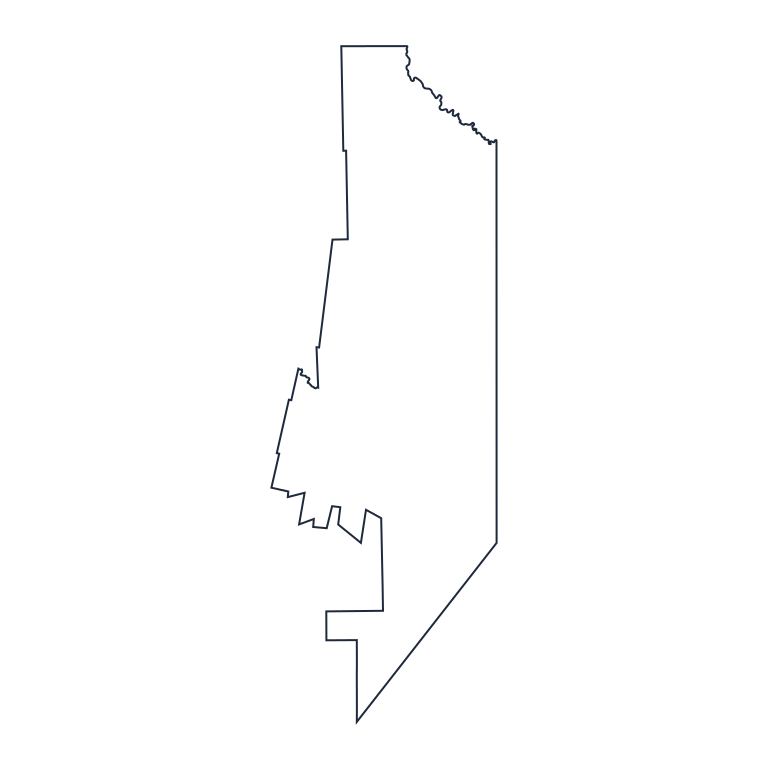 outline of Rivadavia, Salta, Argentina
{"feature_id": "61730980B79245586725774", "entity_name": "Rivadavia", "entity_type": "district", "adm_level": 2, "iso_a3": "ARG", "parent_name": "Argentina", "parent_adm1": "Salta", "projection": "mercator", "projection_center": [-62.515, -23.621], "detail": "fine", "context": "isolated", "style": "outline", "palette": "slate", "viewbox_px": 768, "rotation_deg": 0, "n_neighbors": 0, "source": "geoboundaries", "source_scale": "gbopen_adm2", "svg_char_len": 5692}
<svg xmlns="http://www.w3.org/2000/svg" viewBox="0 0 768 768"><path d="M496.5,141.3L496.4,141.2L496.4,140.7L496.4,140.4L496.3,140.2L496.1,140.1L495.8,140.2L495.3,140.2L495.1,140.4L494.7,140.8L494.6,141.0L494.3,141.6L494.1,142.2L493.9,142.3L493.6,142.3L493.3,142.2L492.7,142.0L491.4,141.3L491.0,141.3L490.9,141.4L490.7,141.5L490.6,142.0L490.5,142.4L490.5,143.1L490.6,143.6L490.6,143.8L490.6,144.0L490.3,144.1L490.1,144.1L489.6,144.0L489.3,143.9L489.1,143.9L489.0,143.6L488.8,143.1L488.7,142.3L488.8,141.4L488.7,140.8L488.6,140.3L488.4,139.9L488.2,139.8L487.8,139.8L487.4,139.9L486.7,139.8L485.7,139.6L485.0,139.5L484.5,139.3L484.4,139.1L484.7,138.5L484.8,138.1L484.8,137.9L484.6,137.5L484.5,137.4L484.1,137.4L483.7,137.6L483.4,137.6L483.1,137.5L482.6,137.2L482.4,137.0L482.1,136.7L481.9,136.4L481.7,135.9L481.5,135.4L481.2,135.0L480.8,134.1L480.6,134.0L480.2,133.6L479.9,133.4L479.6,133.2L479.0,132.9L478.7,132.7L478.2,132.8L477.9,132.9L477.6,133.3L477.2,133.6L476.7,133.5L476.5,133.2L476.2,131.8L476.2,131.0L476.4,129.9L476.4,129.4L476.3,129.2L476.0,129.1L475.6,128.9L475.1,128.7L474.7,128.7L474.4,128.8L474.3,129.0L474.3,129.5L474.4,129.8L474.4,130.0L474.1,130.2L473.9,130.2L473.7,130.1L473.2,129.6L473.0,129.3L472.8,128.6L472.6,127.9L472.5,127.2L472.4,126.7L472.3,126.4L472.3,126.1L472.4,125.8L472.6,125.6L472.8,125.6L473.1,125.8L473.3,125.8L473.4,125.7L473.6,125.4L473.7,125.0L474.0,124.7L474.1,124.3L474.0,123.9L473.7,123.5L473.4,123.1L473.1,122.9L472.9,122.9L472.5,122.9L472.1,123.1L471.4,123.6L471.2,123.9L470.9,124.1L470.3,124.7L470.1,124.8L468.5,124.7L467.7,124.6L467.3,124.4L465.6,124.0L465.3,124.0L465.1,124.0L464.8,124.2L464.6,124.4L464.4,124.5L464.2,124.6L463.8,124.6L463.3,124.5L462.4,124.2L461.8,123.9L461.4,123.6L461.1,123.3L461.0,123.2L460.5,122.9L460.3,122.7L460.2,122.7L459.9,122.4L459.8,122.2L460.3,122.0L460.4,121.9L460.5,121.7L460.5,120.9L460.4,120.6L460.3,120.4L459.9,120.1L459.5,119.7L459.4,119.6L459.1,119.2L459.0,118.8L458.9,118.3L458.8,117.8L458.6,117.5L458.5,117.2L458.4,116.9L458.2,116.6L458.1,116.4L458.1,115.4L458.2,115.0L458.4,114.5L458.6,114.4L458.7,114.2L458.5,113.8L458.3,113.9L457.5,114.3L456.7,114.9L456.0,115.2L455.7,115.4L455.4,115.8L455.0,115.9L454.6,115.9L453.6,115.6L453.3,115.5L453.0,115.2L452.8,114.9L452.7,114.6L452.7,114.0L452.8,113.7L453.0,112.9L453.4,110.8L453.3,110.3L453.2,110.1L452.6,109.9L452.1,110.2L450.4,111.3L449.7,112.1L448.8,112.4L448.2,112.4L447.7,112.3L447.4,112.0L447.2,111.5L447.2,110.9L447.1,110.1L446.9,109.7L446.6,109.5L445.9,109.2L445.6,109.3L445.0,109.4L444.8,109.5L443.6,109.7L443.0,110.0L442.3,110.1L441.6,109.9L440.9,109.7L440.4,109.3L439.9,108.8L439.7,108.1L439.6,107.7L439.6,107.1L439.8,106.6L440.1,106.2L440.4,105.9L440.7,105.6L441.1,105.0L441.3,104.4L441.3,104.2L441.3,103.6L441.4,103.2L441.3,102.2L441.2,102.0L440.8,101.6L440.4,101.1L440.3,100.7L440.2,100.4L440.6,99.5L441.0,99.0L441.2,98.6L441.6,97.6L441.5,97.2L441.5,96.7L441.3,96.2L440.5,95.6L439.7,95.0L439.0,95.3L438.2,96.2L437.7,97.1L437.5,97.4L436.9,98.0L436.4,98.1L436.2,98.1L435.8,98.0L435.5,97.5L435.1,96.9L434.6,96.0L434.3,95.4L433.5,94.4L432.6,93.3L432.3,93.0L432.1,92.4L431.9,91.8L431.8,91.4L431.3,90.4L431.1,90.1L430.1,89.3L429.5,89.0L428.8,88.7L428.4,88.7L428.0,88.7L427.1,88.6L425.0,88.3L424.5,88.1L424.3,87.9L423.8,87.3L423.4,86.8L423.2,86.6L422.9,85.6L422.8,85.0L422.8,84.6L422.7,84.1L421.0,81.6L420.6,81.1L419.7,80.4L418.8,79.7L417.8,79.0L416.4,78.0L415.8,77.7L415.5,77.6L414.7,77.7L414.5,77.8L414.2,78.1L414.0,78.5L413.9,78.7L413.9,79.8L413.8,80.4L413.6,80.6L413.2,80.9L413.0,81.0L412.8,81.0L412.3,80.9L411.8,80.7L411.5,80.5L411.3,80.3L411.1,80.1L410.8,79.2L410.4,78.3L410.1,77.5L410.0,77.1L409.9,76.8L409.7,76.5L409.1,76.0L408.5,75.3L408.3,75.1L408.2,74.7L408.3,74.4L408.3,73.8L408.2,73.5L408.1,72.7L408.2,72.2L408.3,71.8L408.3,71.6L408.2,71.0L408.0,70.6L407.8,70.4L407.4,69.9L406.8,69.1L406.7,69.0L406.5,67.9L406.5,67.3L406.5,67.0L406.7,66.2L406.9,66.0L407.1,65.8L408.6,64.8L408.8,64.6L409.0,64.3L409.2,63.9L409.2,63.6L409.5,61.9L409.7,60.1L409.4,58.9L409.3,58.7L409.0,58.2L408.4,57.7L407.7,56.8L407.3,56.2L406.6,55.3L406.4,55.0L406.4,54.7L406.4,54.3L406.4,53.9L406.4,53.4L407.0,52.6L407.1,52.2L407.3,51.5L407.2,51.0L406.9,50.5L406.9,49.9L406.7,49.6L406.6,49.2L406.6,48.7L406.9,48.2L407.0,47.9L407.3,46.9L407.3,46.7L407.3,46.4L407.0,46.1L371.2,46.1L362.9,46.2L341.3,46.2L343.3,150.8L346.1,150.7L347.8,239.3L332.5,239.6L319.1,347.5L316.5,347.2L318.2,387.7L317.8,387.6L317.6,387.5L317.2,387.4L317.0,387.5L316.8,387.5L316.1,388.1L315.8,388.2L315.3,388.3L314.8,388.1L314.5,388.0L314.2,387.8L313.8,387.3L313.5,387.1L312.8,386.7L312.1,386.5L311.7,386.2L311.4,386.0L311.1,385.4L310.9,385.1L310.0,384.4L309.7,384.0L309.4,383.5L309.1,383.2L308.7,383.0L307.8,382.8L307.8,382.7L307.7,382.6L307.8,382.1L308.0,381.7L308.0,381.4L308.1,381.2L308.4,380.9L308.6,380.5L309.1,379.9L309.2,379.6L309.3,379.3L309.5,379.0L309.4,378.7L309.1,378.2L308.9,378.0L308.5,377.8L308.3,377.7L306.7,377.3L306.5,377.2L306.2,376.9L305.8,376.3L305.7,375.9L304.2,375.7L302.4,375.4L301.9,375.3L301.6,375.2L301.4,375.1L301.0,374.9L300.9,374.8L300.7,374.6L300.7,374.2L300.9,373.7L301.0,373.6L301.2,373.1L301.8,372.6L302.0,372.3L302.1,371.6L302.1,371.0L302.0,369.8L301.9,369.6L301.6,369.4L301.3,369.4L300.5,369.7L300.1,369.7L299.7,369.6L299.4,369.4L298.6,368.7L298.4,368.6L291.3,400.2L288.9,399.7L276.8,453.1L279.2,453.7L271.4,487.7L288.3,491.5L287.8,497.1L304.6,492.8L299.1,524.4L313.8,519.0L313.2,527.0L326.7,528.2L332.1,506.2L340.3,507.2L338.2,524.5L360.9,542.9L366.0,509.8L381.2,518.2L382.6,585.5L383.0,610.8L326.3,611.4L326.4,640.3L356.8,640.1L356.9,663.3L356.8,672.7L356.8,680.3L356.9,711.2L356.8,721.9L496.6,542.9L496.5,141.3Z" fill="none" stroke="#1e293b" stroke-width="2"/></svg>